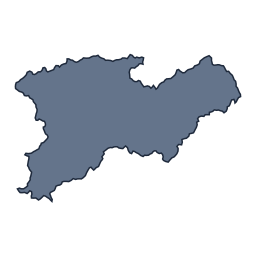 Santos Dumont, Minas Gerais, Brazil
{"feature_id": "56859067B27012816015261", "entity_name": "Santos Dumont", "entity_type": "district", "adm_level": 2, "iso_a3": "BRA", "parent_name": "Brazil", "parent_adm1": "Minas Gerais", "projection": "albers", "projection_center": [-43.53, -21.482], "detail": "fine", "context": "isolated", "style": "filled", "palette": "slate", "viewbox_px": 256, "rotation_deg": 0, "n_neighbors": 0, "source": "geoboundaries", "source_scale": "gbopen_adm2", "svg_char_len": 4445}
<svg xmlns="http://www.w3.org/2000/svg" viewBox="0 0 256 256"><path d="M17.4,188.9L18.8,191.1L20.1,192.6L22.0,192.7L24.6,192.4L27.1,193.5L28.5,192.3L29.7,190.8L31.5,191.6L31.9,194.1L31.3,196.0L31.5,198.0L33.5,198.1L35.9,198.0L38.5,200.0L40.2,199.0L42.0,197.3L43.7,195.6L45.6,196.2L47.4,197.5L49.1,198.5L50.3,199.8L51.9,201.4L52.2,199.5L51.1,197.5L50.5,195.6L49.7,193.8L50.5,192.4L52.5,191.4L54.3,190.4L55.2,188.6L56.0,186.2L57.8,185.4L59.9,185.0L61.5,183.9L62.2,181.9L63.9,181.4L66.4,181.4L68.8,181.6L71.1,180.4L73.2,178.6L75.6,179.4L77.3,178.9L79.1,178.8L81.4,178.9L83.3,177.6L85.4,175.6L86.5,172.9L87.9,170.3L89.4,167.8L91.0,167.2L92.2,168.6L93.7,170.1L94.9,169.0L96.2,167.6L98.5,166.5L99.9,163.3L100.9,161.2L102.0,160.0L102.8,158.6L101.9,156.8L102.9,155.5L104.2,153.9L103.4,151.8L105.5,150.3L108.1,148.2L110.3,147.5L112.1,147.7L114.0,146.9L115.8,146.7L117.4,146.8L118.7,147.9L120.9,148.4L122.8,148.6L124.2,147.2L125.6,146.0L127.5,147.7L128.3,150.5L129.7,152.8L131.6,153.6L133.0,151.1L134.6,151.5L136.2,152.6L138.4,153.6L140.8,155.5L143.1,156.5L144.6,155.2L146.2,155.4L148.5,155.2L150.3,153.9L151.8,153.4L153.0,151.8L154.4,150.8L156.0,150.9L157.1,152.4L159.2,153.5L161.3,153.1L162.6,154.6L163.2,156.9L162.6,159.0L163.5,160.4L165.7,161.5L168.2,162.1L169.8,160.1L171.8,157.9L174.2,156.8L175.6,155.3L176.9,153.7L178.0,151.1L178.1,148.3L176.9,146.4L178.6,144.5L181.6,144.8L182.3,142.2L181.9,139.5L184.1,138.7L186.5,138.2L188.8,136.2L189.4,133.8L191.7,133.3L193.5,132.8L194.3,131.3L195.4,129.1L196.3,127.5L197.2,124.8L196.7,122.2L198.7,121.2L197.6,118.7L199.1,116.8L201.4,116.1L203.9,116.4L205.2,114.7L207.3,114.7L209.3,114.7L209.4,112.3L211.0,112.0L212.7,111.4L214.3,109.9L216.6,110.3L218.4,110.0L220.3,110.7L222.4,111.2L224.0,112.8L226.2,111.2L227.2,108.8L227.3,106.8L229.3,105.8L230.1,104.0L230.8,102.0L231.6,100.0L233.9,99.4L234.7,101.2L235.0,103.0L236.2,101.9L237.3,99.7L238.5,97.6L240.6,96.6L240.4,94.3L239.4,92.7L238.5,90.6L237.5,88.0L236.1,86.4L236.1,83.9L235.6,81.3L234.1,79.8L233.4,77.8L232.3,75.3L230.1,73.3L228.6,71.3L226.6,71.5L225.4,69.4L224.3,67.2L223.4,65.8L221.4,65.6L219.3,64.8L217.8,64.7L216.2,65.0L213.9,65.2L212.4,64.3L212.0,62.5L211.5,60.7L211.5,58.0L209.1,55.7L206.9,56.6L204.3,57.8L202.0,59.6L200.1,61.1L199.4,63.7L197.6,64.9L194.7,65.9L193.1,68.1L190.7,69.0L188.1,69.7L186.3,71.1L184.8,72.6L182.7,72.8L180.1,71.1L178.6,69.5L176.9,70.1L176.2,72.4L175.2,74.7L173.5,76.3L172.2,77.4L170.9,78.5L169.0,78.7L166.6,78.9L164.9,80.2L163.8,81.9L161.8,82.6L159.6,84.3L158.4,86.3L157.5,87.9L156.0,89.2L155.0,87.5L153.4,85.4L152.2,87.1L150.9,88.2L149.4,86.5L147.4,85.9L145.7,86.4L143.8,86.8L142.0,84.3L141.0,82.8L140.3,81.2L138.4,80.5L137.0,81.6L134.9,81.6L133.2,80.7L131.7,79.0L129.9,78.1L129.8,76.5L129.6,74.2L129.2,72.3L129.9,69.7L131.3,67.9L133.0,67.8L134.7,68.1L136.1,66.8L137.9,65.6L139.2,63.9L140.8,63.6L143.0,64.2L142.6,62.0L143.2,60.1L143.6,57.8L141.8,57.1L139.2,57.9L136.7,57.1L135.2,58.0L133.6,57.1L132.3,55.4L130.2,54.6L128.7,56.6L127.3,58.6L124.7,58.0L122.4,58.0L121.2,59.1L118.7,59.7L116.4,59.8L114.5,60.5L112.9,61.4L110.6,60.5L107.8,60.2L105.5,60.3L103.9,58.8L101.6,58.1L99.5,57.0L98.0,55.3L95.8,56.1L93.3,56.1L91.4,56.8L89.3,58.0L86.5,58.2L83.4,57.9L82.0,59.3L80.3,60.1L78.3,61.6L76.2,62.3L74.2,61.5L72.5,60.2L70.8,60.0L68.9,58.9L67.1,58.9L67.0,61.3L66.0,63.5L63.6,64.0L61.4,65.0L59.5,67.1L58.3,65.7L56.0,65.6L54.5,67.7L53.7,69.6L52.2,70.2L49.9,71.1L47.8,71.9L46.4,70.9L45.8,68.7L44.7,67.5L43.0,67.8L42.0,70.4L40.5,71.8L38.2,71.9L36.0,73.8L34.5,74.5L32.8,74.2L31.9,72.2L29.7,71.1L27.2,72.3L26.3,74.8L24.5,76.8L22.5,78.5L20.5,79.7L19.3,81.2L17.8,82.1L16.3,82.6L15.6,84.5L15.4,86.6L15.6,88.6L17.4,89.9L19.3,91.4L21.8,92.1L23.4,93.2L24.4,95.5L26.2,95.9L28.6,95.6L29.7,97.8L31.4,98.8L32.9,99.7L33.4,101.7L34.5,103.0L35.9,104.7L36.0,107.0L37.1,109.5L36.9,111.8L36.2,113.7L35.8,115.6L35.2,117.9L36.1,120.2L37.8,120.3L39.1,119.0L41.0,119.9L42.8,121.0L44.4,121.3L45.2,122.8L45.5,124.9L44.8,126.6L43.3,127.1L43.4,128.8L44.2,130.5L44.8,132.1L45.6,133.9L47.2,135.0L48.1,136.9L47.5,138.4L45.7,140.3L43.6,142.5L41.3,143.2L40.9,144.8L39.7,146.2L38.9,148.8L36.8,149.9L35.4,150.8L33.7,151.6L31.4,153.2L28.4,153.6L25.9,153.3L24.9,154.8L27.1,155.9L28.9,156.4L28.9,158.7L28.4,160.7L28.0,163.1L27.6,165.6L28.7,167.3L29.2,168.9L30.1,170.3L31.6,172.1L31.2,174.3L30.8,176.0L30.1,178.0L30.2,179.8L29.0,181.7L27.4,183.8L27.6,185.9L25.9,187.3L23.6,188.8L21.3,188.8L19.4,188.1L17.4,188.9Z" fill="#64748b" stroke="#1e293b" stroke-width="1.5"/></svg>